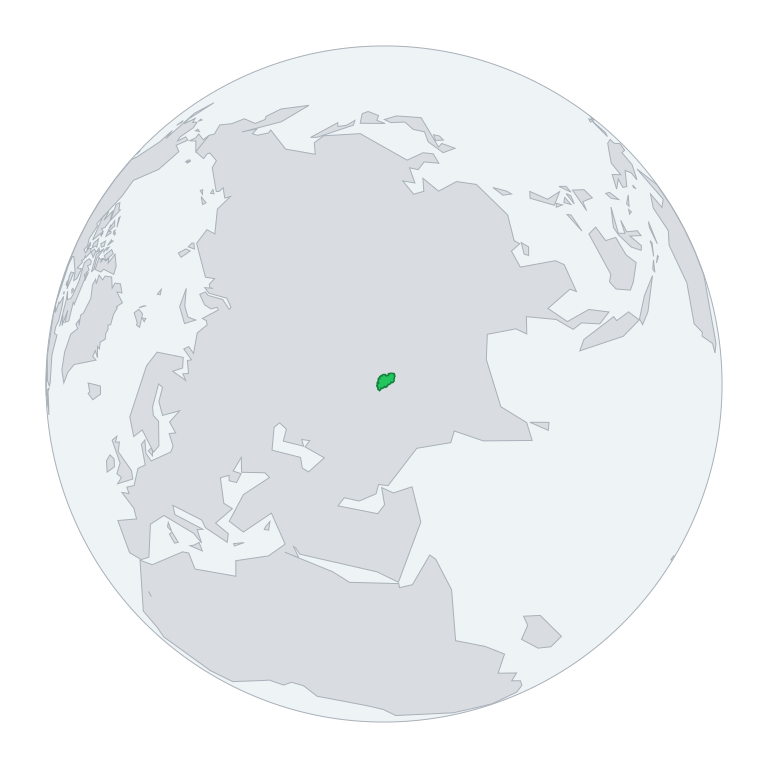 the Earth from above Northern Areas, rotated 298°
{"feature_id": "PAK-1111", "entity_name": "Northern Areas", "entity_type": "Centrally Administered Area", "adm_level": 1, "iso_a3": "PAK", "parent_name": "Pakistan", "parent_adm1": "", "projection": "orthographic", "projection_center": [74.17, 35.776], "detail": "fine", "context": "on_globe", "style": "filled", "palette": "green", "viewbox_px": 768, "rotation_deg": 298, "n_neighbors": 0, "source": "natural_earth", "source_scale": "10m", "svg_char_len": 14085}
<svg xmlns="http://www.w3.org/2000/svg" viewBox="0 0 768 768"><g transform="rotate(298 384 384)"><circle cx="384" cy="384" r="338" fill="#eef3f6" stroke="#a8b0b8"/><path d="M463.7,55.6L468.5,59.3L492.5,72.3L508.4,78.1L498.4,76.2L534.1,89.6L552.5,101.8L526.6,87.2L520.0,85.3L529.9,92.6L525.2,92.3L527.4,96.0L520.9,95.4L506.3,87.9L501.8,87.6L509.1,92.9L507.2,96.3L497.2,88.4L492.9,93.8L467.7,84.3L446.1,67.1L426.9,64.5L390.9,55.1L389.0,56.8L374.2,55.5L366.5,57.4L362.0,55.9L359.7,58.8L365.3,59.8L366.1,61.7L362.1,63.1L355.7,61.2L356.8,60.2L352.8,60.5L351.3,59.0L349.8,60.6L342.5,58.7L343.7,62.8L332.8,63.3L329.6,61.5L337.9,58.6L351.0,50.3L350.3,49.1L341.0,49.5L306.8,55.5L302.8,56.1L292.1,58.8L316.2,53.0L340.6,48.9L365.3,46.6L390.1,46.1L414.8,47.5L439.4,50.6L463.7,55.6ZM291.4,59.0L290.0,59.5L298.3,57.7L292.8,60.3L303.7,58.6L303.0,59.7L311.0,60.0L301.2,63.4L287.3,67.0L280.2,67.3L274.0,69.2L273.7,72.3L253.8,77.1L229.0,88.4L224.8,89.8L229.1,85.2L246.7,75.7L250.0,73.8L291.4,59.0ZM247.0,75.1L239.9,78.7L229.6,83.4L224.2,86.3L219.7,88.8L220.2,88.7L214.8,91.6L218.6,89.3L247.0,75.1ZM475.8,59.2L470.6,57.7L472.7,58.0L475.0,58.7L475.8,59.2ZM520.8,82.9L515.0,79.4L522.3,83.0L520.8,82.9ZM528.8,96.7L531.9,98.0L531.7,99.4L528.8,96.7ZM315.8,58.2L313.4,59.1L313.2,58.5L315.8,58.2ZM321.5,57.7L322.9,56.5L325.9,56.1L324.9,56.9L321.5,57.7ZM521.6,100.0L520.3,102.4L519.1,98.6L521.6,100.0ZM319.1,59.4L330.9,55.6L336.0,55.1L336.6,57.8L319.1,59.4ZM517.8,103.0L514.8,109.7L521.5,112.8L500.7,108.8L510.2,103.8L507.7,98.4L513.0,102.2L517.8,103.0ZM368.8,59.6L362.7,58.5L371.5,58.2L368.8,59.6ZM374.2,59.1L400.1,57.2L407.1,60.1L397.0,59.8L409.1,63.2L399.8,65.4L391.1,64.1L388.4,61.6L386.9,64.5L374.2,59.1ZM489.7,105.9L486.8,106.7L487.1,104.5L489.7,105.9ZM367.2,62.4L371.8,61.5L378.2,63.8L370.1,66.1L370.6,64.6L367.2,62.4ZM416.8,63.2L420.1,65.7L413.5,68.1L413.9,69.5L400.2,65.8L416.8,63.2ZM367.1,64.8L365.9,67.3L359.2,67.7L363.1,63.5L367.1,64.8ZM383.2,63.6L385.9,65.0L381.8,64.9L383.2,63.6ZM334.7,71.3L340.1,69.6L343.9,70.6L334.7,71.3ZM365.8,68.3L368.1,68.2L370.2,68.5L368.0,70.3L365.8,68.3ZM396.5,68.0L393.0,68.7L401.7,69.6L397.1,71.9L388.8,69.1L390.5,71.3L389.1,72.1L383.8,69.1L396.5,68.0ZM372.1,73.3L359.9,71.4L349.2,74.0L345.5,73.1L363.5,69.1L372.1,73.3ZM379.5,71.0L374.1,72.2L372.2,70.1L374.8,68.1L379.5,71.0ZM397.0,74.6L406.2,71.8L407.7,72.5L397.0,74.6ZM369.4,74.4L372.4,74.9L368.8,74.8L369.4,74.4ZM388.9,74.9L392.0,73.6L393.6,74.5L388.9,74.9ZM375.8,77.2L371.9,76.4L373.5,74.9L375.8,77.2ZM382.1,76.4L383.6,77.9L376.4,74.8L383.2,75.7L382.1,76.4ZM390.0,75.9L391.9,76.0L388.5,76.3L390.0,75.9ZM372.1,83.8L362.6,80.2L366.1,76.7L374.8,80.5L372.1,83.8ZM49.4,365.4L57.3,308.3L62.8,297.7L70.5,278.1L113.9,251.3L115.6,264.2L141.2,284.9L143.1,290.9L131.9,304.0L144.7,343.5L158.4,336.1L178.0,362.7L196.2,371.9L217.1,345.2L187.3,329.3L190.1,311.8L220.4,311.8L247.7,326.8L249.7,320.5L239.2,299.7L252.3,292.4L236.3,291.7L237.7,299.9L227.8,300.1L225.9,292.7L230.6,290.1L224.4,283.5L203.5,298.6L202.7,308.6L182.1,300.6L178.7,316.8L170.6,319.9L173.3,293.8L178.3,286.9L177.7,254.5L170.5,260.8L170.7,292.2L167.6,287.4L158.0,297.6L162.8,286.0L164.6,251.4L150.5,243.6L120.7,257.7L115.0,252.1L115.6,238.6L138.5,213.1L148.7,228.9L156.9,221.4L165.2,203.5L167.6,210.3L172.2,205.3L177.0,211.0L194.0,206.4L200.4,211.2L216.9,198.1L222.4,199.1L211.1,206.3L206.7,214.5L223.9,227.7L230.1,226.9L239.4,217.6L243.0,223.0L249.8,212.5L264.5,216.2L252.3,203.2L262.9,193.4L277.0,190.1L278.3,184.9L255.2,190.4L248.0,195.0L245.3,202.4L223.7,214.3L215.6,212.5L230.0,192.1L220.1,187.7L235.6,175.0L288.5,165.8L305.6,168.7L313.2,194.2L303.6,198.7L296.1,191.5L294.0,207.3L298.5,201.6L301.5,206.5L312.4,199.4L315.0,202.7L320.9,190.8L325.4,194.0L321.5,201.5L341.4,195.1L353.3,200.2L356.5,197.3L356.6,192.8L371.6,203.0L373.3,200.5L369.1,196.1L369.7,188.4L376.7,179.2L381.5,183.2L379.6,187.1L382.9,201.8L377.2,212.2L379.8,213.0L386.0,205.0L382.0,186.9L384.9,180.4L388.2,188.3L387.2,184.9L390.1,182.9L397.5,185.0L394.5,176.2L420.2,152.5L437.1,155.2L437.1,164.2L460.2,154.8L477.4,160.4L473.4,156.1L481.8,149.8L476.5,147.9L475.2,145.5L494.3,130.8L502.5,131.2L506.2,121.8L504.2,119.8L498.3,118.9L500.7,108.8L521.5,112.8L525.0,116.9L535.7,117.4L542.2,127.2L552.6,136.2L553.6,148.0L561.7,154.8L565.0,154.3L578.4,163.9L594.8,186.9L567.3,170.2L539.8,140.2L549.8,152.1L543.2,150.4L544.2,155.5L551.6,164.3L555.1,164.7L545.2,186.9L554.6,215.5L564.2,209.2L574.8,214.1L593.9,245.5L592.5,299.3L606.5,309.9L610.3,319.3L604.7,328.8L598.9,315.2L589.3,313.6L586.9,305.0L576.0,316.9L572.1,305.2L565.5,321.1L572.8,328.7L583.9,321.8L579.9,341.7L596.8,353.0L603.6,371.9L591.3,413.8L571.7,431.6L571.5,438.0L561.2,434.1L551.2,449.5L573.3,477.4L574.0,487.0L556.0,510.5L555.0,503.7L527.7,493.3L525.2,516.6L546.0,529.9L553.2,548.8L538.4,546.3L530.7,529.7L521.1,525.4L521.8,505.7L510.3,478.1L495.2,486.6L494.6,474.5L476.4,451.9L453.7,462.8L418.8,497.8L416.9,528.1L403.7,541.3L380.4,498.4L375.5,468.1L363.6,470.5L342.6,443.1L296.2,435.3L292.7,426.4L283.3,428.5L269.0,417.0L264.9,402.3L254.8,400.6L266.5,439.3L277.7,441.2L291.4,430.6L292.2,443.4L306.4,457.0L279.5,481.3L215.7,489.8L214.9,466.1L194.2,389.5L197.8,383.0L197.9,382.1L198.0,380.5L190.6,390.3L188.9,375.4L194.1,427.0L192.7,446.6L214.7,490.8L211.4,493.2L220.1,503.3L254.5,504.7L253.6,511.9L234.0,540.3L191.0,567.7L199.8,596.7L202.1,617.2L182.2,620.5L191.1,636.7L181.9,636.1L186.0,643.8L182.7,647.2L174.4,645.9L152.7,629.8L145.7,622.1L126.2,599.5L96.8,550.0L96.3,536.2L91.9,519.7L76.9,471.6L79.8,454.6L77.2,442.3L71.0,436.6L68.7,421.7L65.5,416.5L50.2,390.1L49.4,365.4ZM90.3,273.3L87.1,278.5L90.3,273.3ZM271.0,358.7L290.8,365.9L291.4,343.8L299.1,345.0L296.4,337.4L291.3,342.2L286.3,321.9L298.3,319.0L300.7,310.0L294.1,307.3L273.0,316.2L280.0,344.8L271.4,351.3L271.0,358.7ZM229.0,83.7L228.0,84.3L222.8,87.1L224.0,86.4L229.0,83.7ZM207.5,98.1L199.3,102.6L206.0,98.5L206.0,97.9L219.9,89.3L223.4,90.2L219.3,91.0L207.5,98.1ZM239.5,79.2L230.3,83.8L240.2,78.7L239.5,79.2ZM192.8,175.3L191.1,180.9L184.3,184.8L176.2,180.9L186.0,175.0L192.8,175.3ZM190.3,188.1L206.8,170.3L212.5,172.7L206.5,174.2L208.6,177.6L199.5,181.1L188.9,201.8L182.2,206.8L170.8,195.6L178.2,196.1L179.4,190.3L190.3,188.1ZM238.8,127.9L246.0,122.3L249.1,134.5L242.0,138.5L233.4,134.3L236.7,127.2L238.8,127.9ZM318.0,65.6L320.6,64.1L322.3,64.4L321.6,66.0L318.0,65.6ZM336.9,70.4L308.7,73.1L310.2,71.3L291.8,76.0L288.6,73.4L300.6,70.2L284.4,72.3L293.9,68.4L282.5,70.5L309.6,63.8L317.5,61.0L309.9,64.9L312.6,67.3L316.2,67.5L332.2,66.3L350.6,62.4L356.2,64.9L355.3,67.7L351.8,68.9L349.2,66.8L346.3,70.1L339.9,68.1L336.9,70.4ZM341.4,109.9L339.9,105.0L332.9,114.9L326.5,111.4L326.1,112.8L318.2,112.5L308.0,114.8L306.3,112.6L303.0,114.6L297.7,114.7L292.7,116.8L287.8,113.8L281.3,116.2L282.7,113.4L272.7,118.6L277.9,113.5L271.6,113.8L269.9,118.5L255.8,101.3L245.8,99.3L234.6,100.8L245.1,93.0L262.3,87.0L281.0,84.0L289.1,87.6L292.3,83.8L297.2,84.6L292.6,87.2L302.5,83.8L305.3,85.3L321.9,85.0L334.6,80.1L341.1,80.2L337.5,82.9L346.4,81.3L343.9,86.7L348.4,87.1L350.6,93.3L341.0,99.0L346.8,99.1L348.7,104.3L341.4,109.9ZM372.3,85.6L362.3,92.2L353.9,93.9L353.7,82.6L349.9,81.4L349.5,75.1L361.8,73.1L360.7,75.0L362.6,76.5L358.0,76.5L363.1,77.6L361.9,80.4L365.5,82.2L361.2,83.7L372.3,85.6ZM150.2,288.7L152.5,291.9L157.3,295.1L151.3,302.0L150.2,288.7ZM150.8,265.0L153.7,266.3L147.6,276.7L145.2,273.8L150.8,265.0ZM160.5,258.5L154.3,265.6L156.2,260.0L160.5,258.5ZM214.3,207.3L217.9,208.5L216.3,211.0L211.9,213.3L214.3,207.3ZM319.3,141.6L319.8,137.8L322.2,137.4L329.6,130.0L334.9,132.5L332.6,137.9L319.3,141.6ZM209.0,347.8L200.8,350.8L199.3,346.6L202.5,346.4L209.0,347.8ZM172.4,326.1L178.3,335.0L170.7,327.9L172.4,326.1ZM326.4,143.0L328.8,139.6L330.0,143.0L326.4,143.0ZM339.2,134.0L341.5,137.3L336.4,131.9L339.2,134.0ZM363.6,719.8L369.2,720.6L363.4,720.3L363.6,719.8ZM253.0,630.6L244.5,659.1L230.3,654.7L223.1,644.0L223.1,625.3L238.3,624.2L244.5,616.3L253.0,630.6ZM618.8,567.8L625.8,565.1L625.4,566.4L618.8,567.8ZM611.6,567.4L620.0,563.7L609.8,570.7L611.6,567.4ZM623.2,562.2L631.8,555.5L635.5,551.6L634.5,554.4L623.2,562.2ZM605.7,570.2L571.7,583.1L557.8,584.5L561.5,579.0L584.1,572.5L605.7,570.2ZM560.4,579.3L538.4,572.8L505.2,541.3L517.2,539.6L551.3,555.2L549.2,559.7L562.5,566.1L560.4,579.3ZM611.7,537.0L609.5,549.7L591.2,556.2L582.6,557.5L576.8,544.3L580.1,535.1L587.3,532.8L612.6,494.5L621.9,497.2L614.7,512.4L622.2,519.8L611.7,537.0ZM418.7,530.8L427.6,547.7L420.2,550.8L418.7,530.8ZM621.0,469.9L612.0,487.0L619.6,466.1L621.0,469.9ZM624.4,451.3L625.9,457.5L621.0,453.2L624.4,451.3ZM572.9,447.3L565.4,451.4L564.4,446.8L573.3,438.8L572.9,447.3ZM608.6,387.9L611.9,402.0L611.6,407.4L606.6,400.4L608.6,387.9ZM375.6,164.5L359.3,171.5L351.1,179.4L352.1,187.7L343.7,179.5L356.3,167.3L375.6,164.5ZM414.2,153.3L413.2,146.8L418.3,148.2L419.2,149.9L414.2,153.3ZM410.4,150.4L400.6,145.4L403.1,140.9L410.3,145.7L410.4,150.4ZM363.0,142.9L357.8,144.6L356.9,141.7L363.0,142.9ZM629.5,616.2L630.8,614.7L626.1,618.6L575.6,658.1L566.8,661.7L574.0,655.1L575.6,642.2L579.0,641.0L582.9,629.5L615.5,603.9L640.4,570.6L652.9,563.0L665.8,539.1L676.9,530.1L670.4,546.5L678.2,543.8L692.6,506.4L688.3,530.1L688.4,530.7L676.2,553.7L662.3,575.7L646.6,596.6L629.5,616.2ZM636.1,559.5L646.6,545.1L651.6,541.2L636.1,559.5ZM717.3,439.6L717.3,439.8L717.4,438.8L717.3,439.6ZM716.9,441.7L716.6,442.5L716.7,441.6L716.9,441.7ZM704.6,474.1L707.0,479.6L703.4,486.7L699.9,485.5L694.2,500.0L683.0,511.5L686.5,503.3L685.7,496.7L672.3,505.7L669.7,502.6L675.0,494.7L665.3,497.9L676.1,487.1L679.9,494.8L685.7,481.0L694.3,474.1L701.6,468.5L706.1,468.9L704.6,474.1ZM674.8,511.7L676.5,510.2L674.6,514.9L674.8,511.7ZM715.8,441.6L716.3,443.1L716.0,444.8L715.6,445.9L715.8,441.6ZM707.4,465.1L712.9,447.0L713.8,445.0L710.0,461.4L707.4,465.1ZM712.2,443.2L714.1,440.3L714.7,443.2L714.2,445.5L712.2,443.2ZM652.9,518.1L652.2,521.6L649.2,521.1L652.9,518.1ZM656.9,513.7L665.7,510.8L656.0,516.9L656.9,513.7ZM627.1,520.1L630.1,526.0L639.7,516.1L632.4,526.9L638.2,535.6L635.7,541.3L630.1,531.7L627.0,546.4L622.7,548.3L621.0,537.9L625.7,521.3L629.9,513.1L646.8,501.3L627.1,520.1ZM657.1,504.6L654.6,497.4L656.4,490.3L659.1,493.2L657.1,504.6ZM646.2,480.5L638.3,473.9L632.2,481.5L643.7,459.4L649.5,469.4L646.2,480.5ZM638.0,460.5L632.3,467.5L637.6,455.4L638.0,460.5ZM630.3,464.7L628.6,457.6L633.6,456.0L630.3,464.7ZM641.2,459.1L640.6,445.7L644.0,451.9L641.2,459.1ZM623.9,441.7L636.3,448.7L621.8,450.5L616.6,425.8L622.5,422.3L623.9,441.7ZM627.3,321.9L623.3,315.3L627.3,310.7L629.0,316.4L627.3,321.9ZM636.6,291.7L627.1,307.4L618.8,320.9L623.5,322.1L625.5,336.1L616.0,327.6L618.6,309.3L625.7,301.4L622.5,290.3L625.1,279.4L618.0,267.4L617.7,260.2L626.4,268.9L636.6,291.7ZM614.6,262.7L603.1,240.6L612.5,237.8L617.2,242.1L618.5,253.2L613.4,253.9L614.6,262.7ZM603.1,234.6L598.1,235.4L570.6,209.3L567.2,203.4L593.1,220.5L589.7,222.3L594.8,229.5L603.1,234.6ZM490.0,108.5L487.1,106.9L490.7,107.3L490.0,108.5ZM472.1,144.6L471.0,141.3L475.4,141.6L472.1,144.6ZM470.4,132.7L466.2,134.6L468.6,130.9L470.4,132.7ZM457.3,139.6L463.6,134.6L460.5,141.8L457.3,139.6Z" fill="#d9dde1" stroke="#a8b0b8" stroke-width="1"/><path d="M392.6,379.9L392.6,380.1L392.5,380.6L392.5,380.8L392.7,381.1L392.8,381.1L392.7,381.3L392.6,381.5L392.3,381.9L392.2,381.9L392.2,382.0L392.4,382.4L392.5,382.6L393.0,382.6L393.3,382.9L393.3,383.2L393.4,383.4L393.4,383.6L393.5,383.7L393.9,383.7L394.0,383.6L394.4,383.6L394.5,383.6L394.8,383.4L395.0,383.3L395.3,383.1L395.4,383.3L395.4,383.8L395.5,384.0L396.0,384.2L396.2,384.3L396.3,384.5L396.5,384.6L397.9,387.7L397.8,387.9L397.8,388.0L397.8,388.4L397.7,388.5L397.4,388.7L397.4,388.8L397.2,388.8L397.0,388.7L396.8,388.8L396.6,388.8L396.5,389.0L396.5,389.4L396.5,389.5L396.0,389.9L396.0,390.0L395.5,390.1L395.4,390.0L395.2,389.9L394.8,389.9L394.1,390.3L393.6,390.5L393.2,390.4L392.9,390.5L392.7,390.7L392.6,390.8L392.3,391.0L392.0,391.3L391.9,391.4L391.6,391.4L391.2,391.5L389.7,391.2L389.3,390.9L389.2,390.8L389.2,390.7L389.2,390.3L389.3,390.1L389.2,389.9L389.0,389.6L388.8,389.4L388.7,389.3L388.4,389.5L388.2,389.6L387.9,389.7L387.7,389.7L387.4,389.6L387.0,389.4L386.4,389.1L386.2,388.9L386.1,388.7L385.9,388.3L385.8,388.1L385.7,387.9L385.4,387.8L385.2,387.9L384.9,388.0L384.5,388.1L384.0,388.0L383.8,388.0L383.8,387.9L383.7,387.9L383.7,387.7L383.4,387.7L383.2,387.6L382.9,387.6L382.8,387.4L382.7,387.4L382.4,387.3L382.3,387.2L382.2,387.2L382.0,387.3L381.9,387.3L381.8,387.2L381.7,386.8L381.7,386.7L381.7,386.4L381.8,386.2L382.1,386.0L382.1,385.9L382.1,385.6L381.4,385.4L381.1,385.4L380.8,385.4L380.6,385.3L380.5,385.2L380.4,385.3L380.3,385.2L380.2,385.1L379.9,385.0L379.8,384.9L379.6,384.7L379.0,384.3L379.0,384.2L379.0,383.9L379.1,383.7L378.9,383.5L378.9,383.4L378.7,383.5L378.4,383.4L377.8,383.4L377.7,383.4L377.5,383.5L377.4,383.6L377.2,383.5L376.8,383.5L376.1,383.2L376.5,382.5L376.4,382.4L376.2,382.2L376.2,381.9L376.3,381.8L376.3,381.7L376.4,381.3L376.4,381.2L376.5,381.1L376.8,381.0L377.0,381.0L377.1,380.9L377.3,380.8L377.3,380.7L377.6,380.5L377.6,380.4L377.8,380.4L377.9,380.2L377.9,379.9L378.0,379.9L378.4,379.9L378.4,379.7L378.7,379.5L378.8,379.4L378.9,379.2L378.8,378.8L378.8,378.7L379.1,378.5L379.1,378.4L379.3,378.3L379.5,378.4L379.5,378.5L379.6,378.4L379.8,378.4L380.0,378.4L380.4,378.2L380.5,378.2L380.6,378.3L380.9,378.4L381.0,378.3L381.3,378.3L381.4,378.5L381.6,378.5L381.8,378.5L381.8,378.4L382.0,378.4L382.1,378.5L382.1,378.4L382.3,378.4L382.5,378.5L382.7,378.4L382.7,378.2L382.3,377.9L382.2,377.8L382.1,377.7L381.9,377.7L381.8,377.4L382.1,377.4L382.4,377.5L382.6,377.5L382.9,377.8L383.1,377.8L383.4,377.9L383.6,377.8L383.7,377.7L383.7,377.4L383.8,377.4L384.2,377.4L384.3,377.4L384.5,377.2L384.9,376.9L385.1,376.8L385.4,376.8L385.5,376.8L385.7,377.0L385.8,376.8L385.8,376.7L386.1,376.5L386.3,376.5L386.5,376.6L386.9,376.7L387.1,376.8L387.2,377.0L387.3,377.1L387.3,377.3L387.4,377.2L387.5,377.0L387.6,376.9L387.8,376.9L388.0,376.9L388.4,376.8L388.5,376.8L388.7,377.0L388.8,377.1L389.4,377.2L389.6,377.2L389.7,377.4L389.8,377.5L389.8,377.8L389.8,378.0L390.0,378.4L390.3,378.4L390.3,378.2L390.6,378.1L391.0,378.2L391.4,378.4L391.7,378.6L391.9,378.8L392.1,379.0L392.6,379.9Z" fill="#22c55e" stroke="#15803d" stroke-width="1.5"/></g></svg>